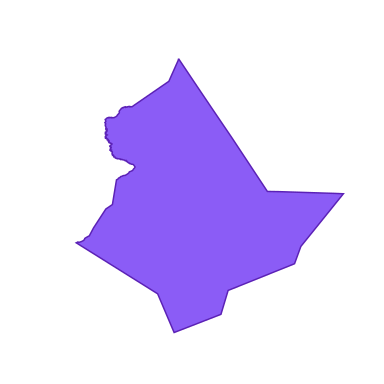 Kapoeta East, Eastern Equatoria, South Sudan (Equal Earth projection), rotated 236°
{"feature_id": "79223893B62671962917549", "entity_name": "Kapoeta East", "entity_type": "district", "adm_level": 2, "iso_a3": "SSD", "parent_name": "South Sudan", "parent_adm1": "Eastern Equatoria", "projection": "equal_earth", "projection_center": [35.583, 5.094], "detail": "fine", "context": "isolated", "style": "filled", "palette": "violet", "viewbox_px": 384, "rotation_deg": 236, "n_neighbors": 0, "source": "geoboundaries", "source_scale": "gbopen_adm2", "svg_char_len": 5580}
<svg xmlns="http://www.w3.org/2000/svg" viewBox="0 0 384 384"><g transform="rotate(236 192 192)"><path d="M86.0,251.8L105.9,316.5L111.2,309.3L143.3,264.8L150.3,254.8L214.1,255.4L250.1,255.3L276.8,255.3L309.5,255.4L309.6,254.9L309.2,254.7L296.7,234.7L296.3,193.4L296.2,190.0L296.3,189.9L296.6,189.5L296.7,189.3L296.8,189.2L296.7,189.1L296.8,188.9L297.0,188.9L297.2,188.7L297.3,188.3L297.4,188.0L297.9,188.0L298.0,187.9L298.2,187.6L298.2,187.4L298.3,187.0L298.5,186.8L298.5,186.6L298.6,186.3L298.7,186.2L298.7,185.8L298.8,185.8L298.9,185.7L299.0,185.5L299.0,185.1L299.3,184.9L299.4,184.7L299.3,184.3L299.6,184.2L299.8,184.4L300.0,184.4L300.1,184.2L300.1,183.8L300.1,183.4L300.4,183.0L300.4,182.5L300.3,182.1L300.6,181.9L300.8,181.6L300.8,181.3L300.8,181.1L300.6,180.8L300.7,180.4L300.8,180.2L300.6,179.8L300.5,179.5L300.5,179.1L300.3,178.7L300.2,178.3L300.0,177.7L299.8,177.1L299.6,176.7L299.0,176.5L298.5,176.2L298.2,175.8L298.0,175.1L297.7,174.0L297.6,173.3L297.4,173.1L297.2,172.7L297.1,172.4L297.1,172.0L297.0,171.7L297.0,171.4L297.0,170.9L297.0,170.6L297.1,170.2L297.2,169.8L297.2,169.6L297.2,169.3L297.2,168.9L297.4,168.6L297.6,168.4L297.8,168.2L297.9,167.7L298.2,167.5L298.3,167.3L298.6,167.2L298.5,166.8L298.6,166.7L298.9,166.6L299.1,166.5L299.1,166.2L299.3,165.9L299.5,165.8L299.5,165.6L299.7,165.4L299.7,165.2L299.8,165.0L300.3,165.0L300.4,164.7L300.2,164.4L300.2,164.2L300.6,163.9L300.6,163.7L300.8,163.4L300.8,163.0L300.8,162.7L300.9,162.4L300.7,161.9L300.6,161.4L300.7,161.0L300.7,160.8L300.4,160.9L300.2,160.7L299.8,160.4L299.7,160.3L299.4,160.3L299.0,160.2L298.8,160.1L298.7,159.9L298.5,159.7L298.4,159.5L298.4,159.0L298.4,158.7L298.1,158.6L297.7,158.5L297.1,158.6L296.7,158.6L296.4,158.2L296.3,157.8L296.1,157.5L295.8,157.5L295.8,157.4L295.6,157.3L295.2,157.2L294.8,157.0L293.9,157.0L293.7,156.8L293.5,156.7L293.3,156.7L293.0,156.3L292.8,156.0L292.6,155.8L292.2,156.0L292.0,155.8L292.0,155.6L291.6,155.5L291.5,155.8L291.5,156.1L291.7,156.4L291.8,156.6L291.7,156.8L291.5,156.7L291.4,156.5L291.2,156.4L290.8,156.2L290.3,155.9L290.3,155.5L290.0,155.3L289.8,155.2L289.8,154.9L290.0,154.8L290.0,154.7L289.7,154.6L289.6,154.4L289.7,154.1L290.0,154.1L290.0,153.7L289.7,153.7L289.6,153.4L289.4,153.2L289.3,153.4L289.2,153.6L289.0,153.2L288.8,153.1L288.6,153.1L288.4,152.9L288.2,152.9L288.2,152.7L287.9,152.8L287.8,153.1L287.7,153.3L287.4,153.4L287.2,153.2L287.4,152.9L287.2,152.7L286.9,153.5L286.7,153.6L286.7,153.4L286.9,152.7L286.9,152.4L286.8,152.2L286.8,151.9L286.8,151.7L286.7,151.6L286.3,151.8L286.2,151.8L286.1,151.7L286.1,151.4L286.1,151.2L285.6,151.4L285.4,151.4L285.4,151.1L285.6,150.8L285.6,150.6L285.4,150.5L285.2,150.6L285.3,150.9L285.2,151.1L284.9,151.3L284.8,151.2L284.6,151.1L284.5,150.7L284.3,150.9L284.1,151.1L283.8,151.1L283.6,151.2L283.4,151.5L283.1,151.3L283.0,151.2L282.9,151.4L282.9,151.7L282.7,151.7L282.5,151.2L282.4,151.1L282.1,151.5L281.9,151.8L281.6,151.8L281.4,151.6L280.9,151.5L280.8,151.8L280.5,151.8L280.3,151.6L280.0,151.3L279.8,151.1L280.1,150.9L279.4,150.8L279.2,151.2L278.9,151.3L278.5,151.3L278.3,151.8L278.1,151.9L278.0,151.7L277.9,151.7L277.6,152.1L277.4,152.2L277.1,152.4L277.0,152.2L276.8,152.3L276.5,152.4L276.2,151.9L276.3,151.6L276.3,151.3L276.3,151.1L276.2,150.8L276.1,150.5L276.2,150.3L276.1,150.1L276.1,149.8L276.1,149.5L275.8,149.4L275.4,149.4L275.3,149.5L275.1,149.4L274.8,149.5L274.9,149.8L274.9,150.0L274.7,150.0L274.5,149.8L274.4,149.9L274.2,150.0L274.0,149.7L274.0,149.4L273.7,149.2L273.3,148.9L273.3,148.6L273.5,148.5L273.3,148.2L273.0,148.2L272.8,147.9L272.8,147.6L272.7,147.5L272.5,147.9L272.3,147.9L272.1,148.1L271.8,148.1L271.7,148.3L271.6,148.1L271.6,147.7L271.3,147.7L271.4,148.1L271.2,148.1L270.9,148.2L271.0,148.3L270.8,148.3L270.5,148.2L270.3,148.1L270.0,148.1L270.0,148.3L269.8,148.3L269.7,148.0L269.1,147.9L268.9,147.7L268.7,147.4L268.5,147.1L268.2,147.0L268.0,146.9L267.8,147.1L267.5,147.1L267.2,146.9L267.2,147.0L266.7,147.0L266.6,147.3L266.4,147.5L266.1,147.5L265.8,147.3L265.7,147.0L265.5,146.9L265.2,146.9L264.8,146.9L264.6,146.9L264.6,147.2L264.3,147.4L264.1,147.7L263.9,147.7L263.6,147.6L263.1,147.4L262.8,147.6L262.6,147.8L262.4,147.9L262.2,148.0L262.1,148.3L261.8,148.6L261.6,148.5L261.3,148.6L261.1,149.0L260.9,149.4L260.6,149.7L260.3,150.1L260.1,150.2L259.9,150.5L259.6,150.6L259.5,150.9L259.3,151.2L259.1,151.3L258.9,151.0L258.7,151.0L258.5,151.4L258.3,151.7L258.2,152.2L257.9,152.4L257.5,152.5L257.2,152.8L257.0,153.1L256.8,153.2L256.5,153.5L256.4,153.6L256.1,153.9L255.9,154.0L255.4,154.0L255.2,154.3L255.2,154.5L255.1,154.9L254.8,154.8L254.6,154.9L254.3,154.8L254.2,155.2L253.9,155.3L253.4,155.3L253.2,155.1L252.9,155.2L252.6,155.5L252.3,155.5L251.6,155.6L251.5,155.9L251.1,156.2L250.7,156.4L250.3,156.3L250.1,156.7L249.2,157.1L248.4,157.9L248.0,158.4L247.5,158.7L246.7,158.8L245.1,158.8L244.7,158.8L244.4,158.5L243.9,157.3L243.8,156.5L243.6,156.0L243.2,155.2L243.1,154.5L243.2,153.9L243.4,152.7L243.6,152.0L243.7,151.2L243.3,150.6L243.1,150.0L243.0,148.2L243.1,147.2L243.1,146.3L243.1,145.9L243.4,145.5L243.8,144.7L244.1,143.9L244.2,142.8L244.3,142.4L244.6,141.8L244.6,141.4L244.6,141.0L244.3,140.6L244.3,140.2L244.5,139.4L244.6,138.9L244.4,138.3L244.2,137.9L244.1,137.6L244.2,136.9L244.3,136.2L226.2,119.1L226.1,118.8L226.1,112.9L226.1,111.1L217.3,90.3L213.1,82.4L213.3,80.6L213.4,79.3L213.5,77.5L213.4,77.0L213.0,76.6L212.6,75.8L212.5,74.5L212.7,73.0L212.9,71.9L213.2,71.3L213.2,70.5L213.5,70.1L213.7,69.8L214.1,69.7L214.4,69.5L214.3,68.7L214.5,68.3L214.6,67.6L126.8,106.6L85.5,98.6L74.4,147.6L90.2,166.9L75.2,236.9L86.0,251.8Z" fill="#8b5cf6" stroke="#5b21b6" stroke-width="1.5"/></g></svg>